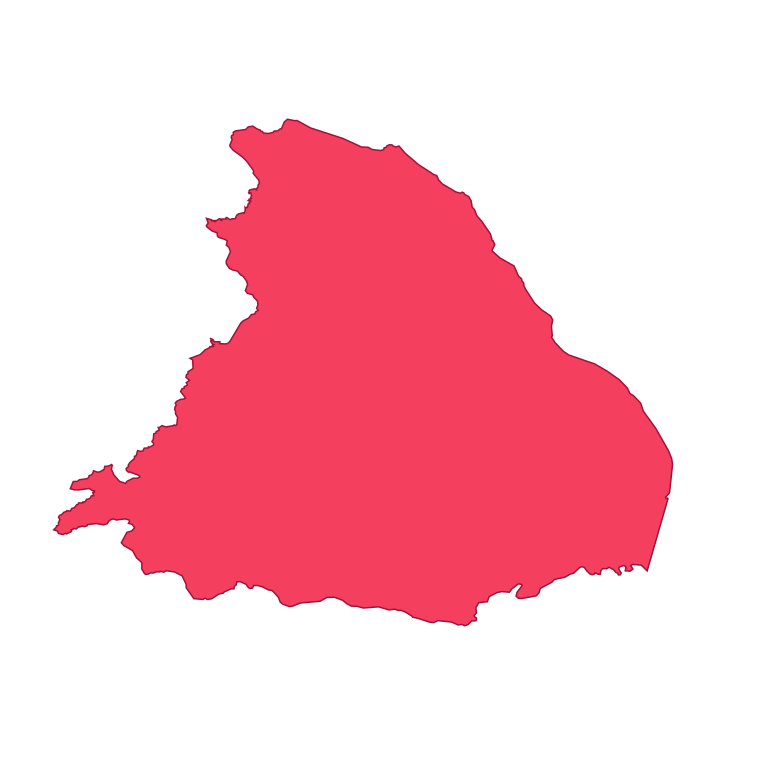 Timor Tengah Selatan, Nusa Tenggara Timur, Indonesia, rotated 280°
{"feature_id": "22746128B39495189442435", "entity_name": "Timor Tengah Selatan", "entity_type": "district", "adm_level": 2, "iso_a3": "IDN", "parent_name": "Indonesia", "parent_adm1": "Nusa Tenggara Timur", "projection": "equal_earth", "projection_center": [124.357, -9.823], "detail": "fine", "context": "isolated", "style": "filled", "palette": "rose", "viewbox_px": 768, "rotation_deg": 280, "n_neighbors": 0, "source": "geoboundaries", "source_scale": "gbopen_adm2", "svg_char_len": 6147}
<svg xmlns="http://www.w3.org/2000/svg" viewBox="0 0 768 768"><g transform="rotate(280 384 384)"><path d="M245.6,675.6L320.2,683.6L320.9,683.2L320.2,681.7L321.2,680.9L326.3,683.9L327.9,684.0L355.1,682.1L360.6,680.2L367.7,675.7L387.2,659.6L402.3,644.1L409.6,640.2L415.8,631.8L417.2,628.0L422.4,624.2L429.1,614.9L435.3,601.8L440.3,588.1L444.7,560.8L447.4,554.8L454.5,545.2L459.1,541.0L461.0,541.3L469.6,538.9L476.4,539.0L479.9,536.3L484.4,526.4L489.9,518.1L502.1,506.8L504.8,504.8L507.8,504.0L509.5,501.9L511.5,501.2L513.6,497.7L522.8,491.6L528.2,476.4L533.6,467.7L534.6,467.2L540.6,468.9L543.9,466.6L544.0,465.7L550.2,462.8L561.6,451.6L565.7,446.3L571.5,442.8L573.5,440.1L579.6,438.0L583.4,434.7L584.6,430.6L586.1,429.3L586.5,427.7L585.1,425.9L585.7,421.2L591.0,407.1L594.3,402.4L598.4,399.8L598.9,396.7L606.0,379.9L614.8,365.0L621.0,357.4L619.5,354.7L619.9,351.7L620.9,350.4L620.6,348.0L619.2,345.6L617.5,345.0L616.6,343.1L614.6,342.9L613.3,339.8L612.9,331.5L614.4,327.1L613.5,320.7L618.7,300.8L623.4,267.3L628.4,252.6L627.8,250.2L628.0,243.0L624.8,240.3L617.6,238.7L617.1,237.3L614.8,235.3L614.1,232.0L612.5,231.0L610.7,226.9L610.2,221.6L611.5,220.5L611.7,218.5L612.6,218.0L613.1,214.8L615.2,210.1L613.6,205.6L610.6,203.5L607.4,193.6L605.7,191.8L603.3,192.4L602.1,190.8L600.2,190.7L598.4,192.0L592.3,190.7L590.8,191.5L587.9,195.1L583.0,205.1L579.3,210.4L571.2,218.7L568.8,218.5L563.1,225.3L559.8,226.4L558.8,225.6L555.5,225.6L554.2,224.3L553.0,224.8L553.7,222.4L551.9,218.2L551.0,217.6L549.4,217.7L549.2,218.6L548.7,217.6L548.1,218.1L548.7,219.6L546.5,220.9L544.2,220.3L543.6,221.0L542.5,219.1L542.0,219.7L541.4,219.0L541.6,220.0L540.6,221.1L539.7,219.5L538.5,220.3L537.6,218.9L534.2,219.0L534.2,217.7L532.9,217.2L533.5,216.6L530.7,217.2L527.9,216.5L528.2,215.6L526.2,211.1L524.6,209.6L520.9,208.7L520.4,205.8L519.1,203.9L520.7,200.3L519.8,199.2L518.9,199.4L518.4,196.1L517.4,195.9L518.0,195.5L517.1,195.1L518.3,193.8L518.1,193.0L514.5,189.4L514.8,187.9L515.5,188.6L514.9,185.7L515.8,185.7L516.3,180.4L512.0,182.9L509.0,181.5L507.7,182.6L504.7,188.6L504.1,192.6L503.4,193.6L500.9,194.2L499.7,195.7L498.7,202.6L497.4,204.9L493.4,204.6L491.7,207.5L487.5,209.8L477.7,207.3L475.0,207.8L471.1,211.6L470.1,214.8L469.7,220.1L466.6,223.7L465.6,226.6L461.5,230.8L458.2,232.4L451.9,231.3L449.6,233.6L449.1,239.2L447.1,240.4L443.6,245.0L440.1,246.1L436.4,245.4L434.7,247.3L432.8,245.1L430.5,244.5L429.3,241.3L425.4,239.2L421.7,234.3L419.2,232.4L399.1,224.8L396.8,223.0L396.0,221.3L395.2,215.1L397.1,215.1L396.1,209.5L397.8,208.1L399.0,204.9L397.0,207.0L396.9,206.0L395.7,206.0L393.6,208.2L393.3,209.7L392.3,208.2L391.3,209.4L390.5,206.0L389.7,206.1L386.4,201.8L381.0,197.9L375.6,188.5L374.5,191.4L366.1,193.3L362.0,188.8L360.2,189.2L358.9,187.8L356.2,187.8L353.8,191.8L351.0,189.0L349.5,190.3L348.4,190.3L346.7,187.7L345.2,188.0L344.3,185.9L341.3,185.0L335.8,190.9L334.4,189.5L333.7,186.6L331.1,183.0L328.9,181.7L327.0,183.2L325.4,182.2L322.6,182.3L320.6,183.6L318.5,183.8L315.4,186.5L308.1,187.0L306.9,186.0L307.2,184.4L306.3,183.6L303.8,176.4L304.5,172.6L302.0,170.3L302.0,169.2L299.5,170.6L297.6,167.9L296.0,167.8L295.0,165.9L289.2,166.4L287.1,165.4L285.6,167.4L283.9,167.6L281.3,164.5L281.2,162.9L280.1,162.9L279.2,159.0L276.3,158.1L275.4,156.2L275.6,152.9L270.4,152.4L269.4,150.8L267.3,151.2L262.6,147.4L259.8,146.2L258.3,146.7L256.0,144.7L254.2,145.3L252.8,147.5L253.2,148.8L251.6,157.9L250.5,159.7L249.8,159.4L248.5,157.8L247.6,153.2L243.6,147.9L241.2,146.6L242.2,140.4L247.8,133.5L252.7,130.4L256.7,130.5L257.4,129.7L255.4,127.1L254.4,123.3L251.4,123.2L248.4,119.8L247.4,117.4L248.1,113.0L245.1,112.6L243.3,111.1L242.6,109.5L240.5,109.4L239.1,107.8L236.8,100.6L234.9,99.0L234.0,94.9L226.4,93.2L226.0,97.4L226.7,101.8L229.9,111.8L228.6,114.9L228.4,117.5L227.5,117.6L226.7,116.0L223.7,117.4L223.0,115.2L220.6,114.5L219.1,112.5L218.9,111.1L216.3,110.3L215.4,107.8L214.6,108.0L213.8,103.8L212.3,103.7L211.7,102.3L208.4,100.5L207.2,98.0L204.4,97.3L204.2,93.6L203.4,93.4L202.0,90.9L199.1,89.0L198.3,87.3L196.2,86.6L194.3,88.4L190.6,87.4L189.4,88.0L188.1,87.6L187.5,86.1L186.2,86.2L183.1,84.0L182.4,88.1L180.3,89.4L180.0,94.2L181.6,95.9L181.2,97.2L184.4,101.9L186.2,101.3L186.6,102.8L187.7,103.1L187.9,106.3L190.6,108.2L190.3,109.2L191.6,111.2L191.5,114.0L192.9,116.3L194.1,116.4L196.6,125.0L196.6,132.4L198.5,135.8L201.0,136.7L203.2,138.7L204.2,141.3L203.6,144.1L206.2,152.4L205.8,156.6L204.6,157.2L202.4,156.5L202.1,160.3L199.1,163.4L195.5,161.0L193.2,156.5L182.0,152.9L179.6,156.0L176.3,165.3L169.9,170.4L166.1,176.5L159.6,177.7L155.6,181.2L155.1,182.5L155.6,184.4L157.4,186.8L157.9,190.0L159.4,192.1L160.1,195.9L160.7,196.1L160.5,199.9L162.3,202.0L162.5,210.6L160.0,218.5L152.4,223.9L149.0,224.6L139.6,234.0L140.4,243.0L142.0,245.1L141.1,247.6L142.6,251.6L148.6,258.0L150.0,261.8L151.4,262.7L155.7,269.0L156.2,271.8L158.5,271.7L160.5,273.3L163.5,273.4L164.4,276.7L162.8,282.9L159.9,285.8L159.4,287.5L160.2,290.0L162.9,290.5L163.6,294.8L163.1,299.7L161.1,306.1L161.2,309.8L155.5,317.2L151.2,319.6L149.6,322.6L148.4,329.4L149.1,332.1L153.9,339.9L158.9,358.8L163.9,364.8L165.4,372.4L163.8,380.9L161.1,385.7L159.6,390.4L160.4,395.9L159.8,402.6L163.6,417.3L162.4,428.2L164.1,433.7L163.5,437.0L164.0,440.3L163.0,445.1L160.3,451.8L159.3,452.7L159.2,457.5L157.4,470.4L157.6,474.3L160.3,478.1L161.3,491.9L159.6,498.8L160.8,502.4L159.9,505.4L161.8,508.7L165.9,511.5L166.6,515.2L167.6,516.0L169.6,515.7L170.6,513.5L171.8,513.0L174.5,514.8L179.8,513.3L185.2,515.5L187.5,523.6L192.8,524.4L198.3,531.6L200.0,535.9L200.7,543.5L204.7,545.7L210.6,551.3L210.5,554.2L209.3,555.0L202.0,551.2L198.0,550.9L196.4,553.4L196.4,556.2L201.9,570.8L205.3,572.9L209.8,573.4L217.9,583.7L221.2,585.9L225.1,595.7L229.0,600.3L230.7,603.7L237.4,608.7L238.3,610.2L238.3,612.9L235.1,616.2L232.6,620.0L232.3,621.9L233.0,623.8L234.6,624.4L233.9,628.0L234.1,630.0L238.0,630.0L240.2,631.4L240.7,635.5L242.6,637.5L241.0,642.3L238.7,645.0L238.4,646.8L236.7,648.0L237.0,649.7L239.0,650.5L242.4,647.4L244.3,647.3L246.6,650.8L246.8,652.6L245.7,654.1L241.9,654.0L242.5,659.0L245.0,661.3L248.0,658.5L249.4,660.0L250.4,668.7L245.6,675.6Z" fill="#f43f5e" stroke="#9f1239" stroke-width="1.5"/></g></svg>